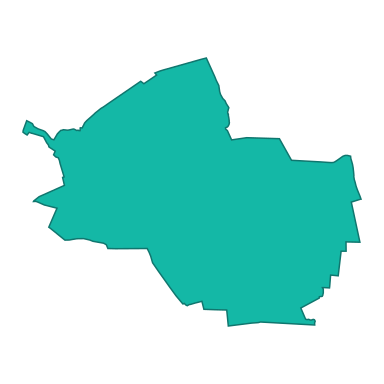 Girov, Neamt, Romania (Natural Earth projection)
{"feature_id": "2599482B5829792853228", "entity_name": "Girov", "entity_type": "district", "adm_level": 2, "iso_a3": "ROU", "parent_name": "Romania", "parent_adm1": "Neamt", "projection": "natural_earth1", "projection_center": [26.486, 46.949], "detail": "fine", "context": "isolated", "style": "filled", "palette": "teal", "viewbox_px": 384, "rotation_deg": 0, "n_neighbors": 0, "source": "geoboundaries", "source_scale": "gbopen_adm2", "svg_char_len": 3029}
<svg xmlns="http://www.w3.org/2000/svg" viewBox="0 0 384 384"><path d="M302.0,324.3L314.7,325.0L314.6,322.7L315.1,321.7L315.1,321.1L314.7,320.2L314.3,319.7L313.3,319.4L312.5,319.6L311.5,320.0L311.0,320.1L309.9,319.9L309.1,319.5L308.7,319.3L308.2,319.4L307.7,319.5L306.9,319.6L306.1,319.3L305.6,319.2L300.8,308.0L319.2,298.1L319.2,297.8L319.4,296.7L320.1,296.6L321.3,296.5L322.2,296.3L322.7,295.5L323.1,293.7L323.3,292.9L323.3,289.1L322.6,288.1L322.4,287.6L324.1,287.6L329.5,287.9L329.7,286.3L330.6,275.1L332.1,275.2L338.2,275.8L341.1,251.2L346.1,251.2L346.0,241.9L359.9,242.2L351.3,202.1L360.8,199.1L361.0,199.1L360.3,197.1L359.5,195.0L358.3,192.1L357.6,190.4L356.4,187.1L355.9,185.5L355.1,182.2L354.3,179.6L353.8,176.6L353.9,175.5L353.6,172.1L353.1,167.6L352.5,164.3L351.6,161.1L350.9,158.8L350.7,157.4L350.6,156.2L347.4,155.4L345.4,155.4L344.3,155.7L343.6,156.0L342.8,156.3L339.6,158.6L336.9,160.5L334.9,161.8L334.1,162.2L333.6,162.4L333.1,162.5L331.2,162.6L327.7,162.4L320.4,161.9L291.5,160.3L279.4,138.7L246.7,137.7L231.6,139.9L227.4,130.6L226.8,130.1L225.7,129.2L225.5,127.8L226.3,127.4L227.4,127.0L228.3,125.9L229.1,124.2L229.4,122.5L229.1,121.3L229.2,120.7L228.9,118.5L228.7,117.2L228.3,115.3L228.4,114.9L228.3,114.1L228.0,114.1L227.7,113.2L227.7,111.4L227.9,111.2L228.0,110.7L228.3,109.7L228.2,109.5L228.8,108.0L228.8,107.6L226.2,103.5L225.1,100.9L222.8,98.5L220.6,94.6L219.7,91.7L218.8,85.5L216.3,80.5L214.6,76.3L206.3,58.0L200.9,59.4L162.9,70.1L160.0,71.0L154.9,73.0L156.6,75.1L143.9,83.7L140.7,81.3L117.5,97.2L109.2,102.9L103.9,106.6L102.7,107.4L101.1,108.3L99.7,109.4L98.1,110.7L96.5,112.0L95.8,112.5L95.0,113.2L94.4,113.8L93.7,114.5L93.0,115.1L86.9,120.5L85.3,122.2L84.5,123.2L83.6,125.2L82.9,126.4L82.7,127.0L82.2,127.9L80.3,127.8L80.2,128.4L80.1,130.6L79.7,130.6L79.0,130.7L78.6,130.4L78.0,130.2L76.7,130.5L74.3,129.2L73.3,129.0L68.9,130.0L67.3,130.2L66.0,130.0L63.1,129.7L62.7,130.1L60.8,130.4L58.6,132.5L58.1,133.2L57.6,133.5L53.9,139.8L51.3,139.0L48.4,135.4L47.2,133.9L45.0,131.6L43.3,130.7L40.2,129.6L38.0,128.8L36.4,127.9L33.9,126.5L32.4,123.7L30.5,122.6L26.7,120.7L23.5,129.5L23.1,130.9L23.0,132.2L23.6,132.6L24.4,133.3L27.1,135.0L29.1,132.4L30.0,132.6L31.4,133.2L32.1,133.3L34.5,134.0L43.5,136.7L46.7,142.8L48.3,144.8L49.0,147.0L55.2,151.1L53.6,154.8L55.7,156.9L58.3,157.8L59.4,160.4L60.1,163.6L64.1,176.9L62.6,177.4L64.4,185.4L39.1,196.7L33.8,200.9L33.5,201.5L35.9,201.4L37.6,202.0L44.4,205.0L57.0,208.2L48.8,227.2L50.2,228.2L59.7,235.9L64.9,240.1L69.4,240.0L72.6,239.4L77.0,238.7L83.6,238.6L89.7,240.0L93.0,241.3L103.6,243.2L106.3,244.7L106.6,245.4L107.9,248.5L115.5,248.7L147.2,248.5L147.8,249.7L149.2,252.5L150.7,256.2L152.6,262.8L158.6,271.5L168.0,284.7L169.7,287.1L176.1,295.9L181.3,302.1L182.9,304.0L183.0,304.0L184.2,303.4L186.0,305.1L186.6,305.4L187.3,305.7L187.6,305.5L189.1,304.6L190.5,304.4L195.9,302.8L196.1,302.8L201.9,301.3L203.9,309.3L214.7,309.7L226.7,310.0L226.8,310.6L228.3,326.0L251.5,323.1L258.3,322.6L260.4,322.0L302.0,324.3Z" fill="#14b8a6" stroke="#0f766e" stroke-width="1.5"/></svg>